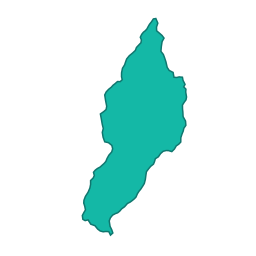 outline of Jesuânia, Minas Gerais, Brazil, rotated 346°
{"feature_id": "56859067B57455178393428", "entity_name": "Jesuânia", "entity_type": "district", "adm_level": 2, "iso_a3": "BRA", "parent_name": "Brazil", "parent_adm1": "Minas Gerais", "projection": "equal_earth", "projection_center": [-45.279, -22.008], "detail": "fine", "context": "isolated", "style": "filled", "palette": "teal", "viewbox_px": 256, "rotation_deg": 346, "n_neighbors": 0, "source": "geoboundaries", "source_scale": "gbopen_adm2", "svg_char_len": 1960}
<svg xmlns="http://www.w3.org/2000/svg" viewBox="0 0 256 256"><g transform="rotate(346 128 128)"><path d="M143.4,60.7L141.7,63.2L140.0,65.9L137.1,68.7L135.1,72.9L134.1,76.7L134.1,79.7L131.7,81.1L129.0,80.4L126.1,81.9L123.8,82.9L121.8,84.3L118.5,85.8L115.6,87.7L113.4,90.3L112.9,95.8L112.6,101.8L111.2,104.8L108.2,106.3L104.6,107.7L104.3,112.8L103.9,118.4L103.9,122.5L102.0,126.0L101.6,130.9L102.1,135.8L105.5,137.5L108.1,141.0L108.1,144.4L106.4,147.3L102.9,149.7L100.3,152.5L98.4,155.1L96.1,156.7L94.0,157.8L91.6,159.1L88.5,159.9L86.0,161.0L83.8,162.6L83.8,166.0L82.1,168.1L79.0,169.9L78.1,173.6L76.5,177.0L73.7,180.7L70.1,184.1L67.8,187.4L66.9,190.1L67.1,193.6L66.9,197.2L64.7,199.4L62.5,201.9L62.1,205.7L64.0,207.5L67.0,207.5L68.6,212.3L72.3,214.8L74.1,218.7L76.1,221.2L78.8,222.7L81.3,223.0L84.3,223.9L85.1,227.7L87.9,226.2L87.6,222.8L86.8,219.1L87.3,213.6L89.2,210.9L92.0,208.8L95.1,208.0L97.4,207.8L99.8,206.7L102.3,204.9L105.6,203.6L109.2,201.1L112.2,200.4L114.6,199.4L116.9,198.3L119.0,197.0L121.2,194.1L123.3,192.1L125.6,190.4L128.4,187.8L130.4,185.8L132.4,182.1L133.8,178.5L135.3,174.9L138.1,172.6L140.7,170.7L144.0,169.2L145.6,167.0L147.1,164.4L150.5,163.3L153.4,160.7L156.5,159.1L159.6,159.1L161.8,159.7L164.8,161.5L168.0,159.6L170.5,157.0L173.3,156.0L175.8,154.4L176.9,150.2L179.1,146.7L180.8,144.4L182.1,141.8L184.8,139.4L185.5,135.2L184.2,130.3L185.1,125.7L185.5,122.8L186.4,118.9L188.9,116.5L191.1,114.7L192.3,112.1L192.7,107.1L193.6,104.3L192.0,101.6L193.9,99.5L192.9,95.0L193.1,91.9L190.0,90.8L187.5,90.8L184.9,89.9L185.2,85.0L181.9,82.1L180.7,78.7L180.8,73.0L180.5,68.9L180.1,65.2L178.5,61.6L180.1,56.9L182.0,52.4L184.7,49.5L183.4,46.4L181.6,43.8L179.3,40.6L180.1,36.9L182.3,33.5L181.5,28.5L179.0,28.3L176.4,30.7L173.9,32.6L172.0,34.6L170.3,36.5L168.3,37.8L166.1,38.8L164.0,40.4L161.9,42.9L162.3,45.8L161.2,48.4L158.5,50.1L155.7,51.9L153.9,54.5L150.5,56.4L146.7,58.2L143.4,60.7Z" fill="#14b8a6" stroke="#0f766e" stroke-width="1.5"/></g></svg>